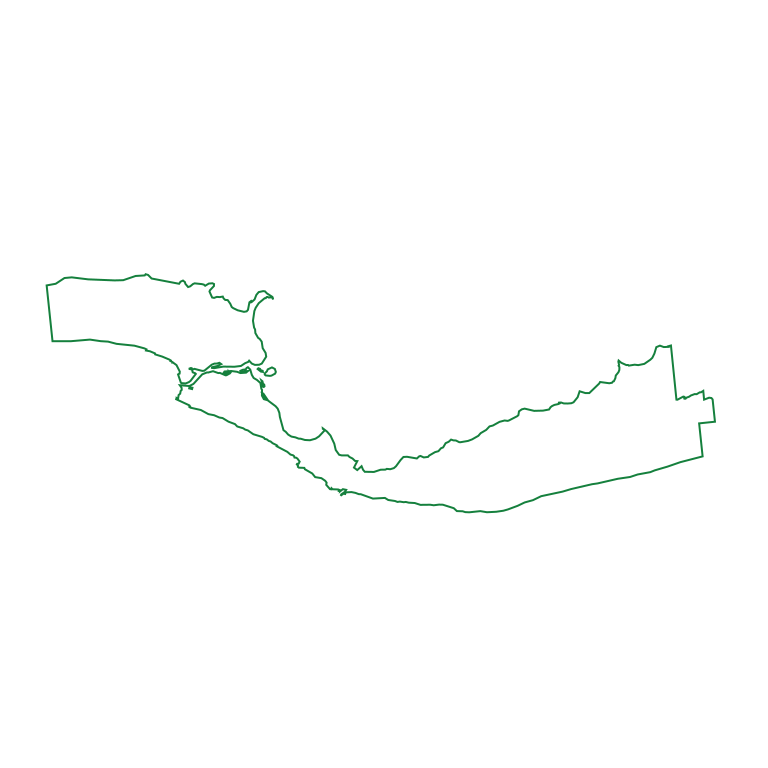 Mandurah, Western Australia, Australia, rotated 264°
{"feature_id": "25037944B7523913669113", "entity_name": "Mandurah", "entity_type": "district", "adm_level": 2, "iso_a3": "AUS", "parent_name": "Australia", "parent_adm1": "Western Australia", "projection": "natural_earth1", "projection_center": [115.702, -32.629], "detail": "fine", "context": "isolated", "style": "outline", "palette": "green", "viewbox_px": 768, "rotation_deg": 264, "n_neighbors": 0, "source": "geoboundaries", "source_scale": "gbopen_adm2", "svg_char_len": 6162}
<svg xmlns="http://www.w3.org/2000/svg" viewBox="0 0 768 768"><g transform="rotate(264 384 384)"><path d="M392.3,673.4L391.8,670.6L391.2,670.8L391.5,666.1L393.3,662.4L392.2,658.7L386.0,656.1L382.0,653.6L380.3,651.4L376.8,645.0L376.2,638.8L377.0,635.3L376.7,629.4L377.4,628.7L377.5,627.0L380.3,622.2L382.8,619.8L381.7,619.4L378.3,619.8L377.6,619.2L376.2,619.9L373.3,619.5L371.2,618.4L368.2,615.4L365.6,614.7L362.7,612.9L362.5,611.9L361.4,610.9L361.2,608.1L363.4,599.1L362.0,598.1L353.5,587.2L353.9,583.4L356.3,577.8L350.6,575.2L346.0,570.6L345.3,568.3L345.4,564.6L345.9,560.7L347.1,558.1L347.2,556.0L346.5,555.7L346.6,557.6L345.8,555.1L345.4,551.3L344.5,548.8L343.5,547.2L341.4,545.5L340.9,539.4L341.6,530.5L344.8,521.3L344.4,518.4L342.7,515.4L339.0,514.4L338.1,513.2L334.7,504.5L334.4,503.2L335.1,500.1L334.3,495.0L331.3,487.9L330.8,484.5L327.7,480.9L325.0,475.0L322.6,472.4L319.7,465.8L318.6,461.6L318.1,453.8L318.3,452.7L320.3,449.6L320.7,447.1L321.7,444.9L319.8,442.3L318.7,439.1L314.8,436.2L314.1,433.9L311.5,431.1L310.9,427.6L308.1,421.4L306.9,420.2L306.8,415.9L308.6,412.8L308.4,411.5L306.5,408.9L309.2,399.3L309.4,395.7L306.6,392.5L300.9,387.3L299.3,385.0L298.6,381.3L299.3,377.9L298.7,376.5L299.1,371.7L297.6,364.8L298.7,355.7L300.9,354.2L304.6,353.1L301.2,348.4L304.0,345.4L310.1,349.4L310.5,347.2L313.2,344.9L315.0,342.1L316.8,340.6L317.4,334.5L318.3,332.0L323.4,329.1L329.9,328.3L338.3,325.4L342.7,322.3L346.3,318.5L345.8,318.5L344.9,319.8L343.7,319.7L338.7,313.9L336.8,310.2L335.8,304.5L336.6,299.5L338.3,295.4L338.6,293.4L340.2,290.3L341.4,286.4L343.7,283.4L346.7,281.3L348.6,279.2L362.1,277.0L366.3,276.9L370.6,275.7L373.2,273.9L379.5,267.1L387.1,263.0L387.5,262.0L383.2,264.0L382.0,263.7L381.0,265.5L380.4,265.6L381.5,262.9L385.2,261.4L390.9,262.1L392.1,261.5L397.9,261.2L401.3,258.1L403.6,255.0L406.9,253.5L412.3,252.5L414.9,250.4L414.3,249.0L413.0,248.1L412.9,245.0L412.1,242.5L411.6,242.6L411.8,243.2L410.7,245.0L411.2,247.4L411.1,250.1L409.7,248.0L409.9,242.3L411.5,239.2L412.9,233.4L413.1,226.7L412.0,225.8L411.0,228.3L411.6,230.6L412.5,230.7L411.8,231.1L412.1,231.6L411.6,232.0L411.6,232.7L410.7,231.9L409.2,228.3L409.2,227.3L412.2,221.9L412.2,220.3L414.6,215.3L413.8,210.4L414.0,209.1L412.6,204.2L404.0,194.5L402.4,190.4L400.9,191.3L400.3,193.1L399.0,192.6L400.0,189.8L401.4,190.3L402.4,189.9L404.1,180.8L401.4,182.3L399.3,182.2L398.3,181.0L395.7,180.3L394.5,178.6L391.1,177.7L391.7,176.6L391.0,176.7L391.3,176.0L390.6,175.7L383.1,188.2L381.9,188.8L381.5,188.1L380.7,189.0L377.3,199.1L372.4,206.2L370.7,211.8L367.9,216.7L367.0,219.9L362.8,225.4L359.7,231.6L357.1,233.6L354.6,239.5L353.2,241.1L352.1,243.7L347.7,248.8L344.2,257.1L343.0,259.1L341.9,259.6L341.2,261.6L339.4,263.5L338.7,265.2L336.8,267.0L334.4,270.8L333.9,271.3L333.3,270.8L326.6,280.8L323.6,283.6L322.6,286.1L321.7,287.0L320.2,287.3L319.9,288.9L318.9,290.1L315.6,292.0L313.7,290.8L313.7,289.3L313.2,288.9L311.9,289.9L310.6,289.7L309.7,290.6L308.9,296.0L307.5,296.4L302.5,303.3L298.6,305.8L296.9,311.9L293.9,315.4L291.9,316.6L289.8,316.0L285.1,319.3L284.8,320.5L285.8,320.9L284.7,321.8L283.9,327.4L283.3,328.1L281.5,327.4L283.3,328.6L282.8,329.7L282.0,329.4L283.7,332.1L282.7,335.3L280.9,333.9L278.7,330.0L277.4,329.2L279.2,332.2L278.4,334.7L279.1,333.6L280.2,335.0L279.9,340.4L278.7,344.2L277.1,347.4L276.8,349.4L271.2,361.0L270.6,373.0L268.2,376.1L266.5,382.7L265.3,385.1L265.4,387.5L264.4,391.2L264.4,393.4L263.4,396.2L262.4,402.2L260.0,407.6L259.1,417.3L258.2,420.8L258.3,426.1L257.8,429.9L253.2,440.4L250.0,443.2L249.2,448.9L248.1,451.4L247.5,455.3L247.5,466.5L245.7,473.0L245.2,482.2L245.5,489.5L246.3,494.1L248.9,504.2L251.5,511.5L252.9,520.0L256.0,528.6L258.3,550.3L260.0,559.4L262.6,580.5L262.8,586.0L265.3,606.6L265.8,619.0L267.5,626.8L268.5,639.6L269.8,644.2L272.2,657.3L275.3,670.6L278.7,693.3L311.9,693.3L311.9,709.2L334.3,709.2L335.8,708.2L336.4,705.9L335.0,700.7L343.8,700.8L342.6,698.4L342.7,697.1L341.2,693.9L341.5,691.9L340.5,688.0L339.5,686.2L338.8,683.4L337.9,682.4L338.0,681.2L338.5,681.1L338.7,681.9L339.8,681.5L340.2,680.3L337.7,674.2L337.9,673.2L392.3,673.4ZM461.2,58.8L459.3,77.2L458.9,96.2L456.2,106.8L455.0,114.0L451.9,122.2L448.2,139.8L444.5,149.4L443.3,151.4L442.2,150.8L441.0,154.7L438.4,159.4L437.4,159.5L434.4,166.4L430.7,173.1L429.7,174.4L429.2,174.0L427.9,175.9L427.4,175.8L427.4,176.4L424.5,179.6L417.7,182.2L415.7,181.8L415.2,180.3L415.9,180.0L406.2,182.2L406.2,181.8L405.3,186.8L406.2,190.0L407.3,191.9L413.7,197.9L414.4,197.4L415.6,195.0L418.6,194.5L419.2,192.2L419.7,192.2L420.0,193.3L419.5,193.8L419.8,194.4L418.4,195.1L418.9,197.0L416.0,204.7L416.0,206.7L421.2,214.7L422.0,217.4L421.8,220.0L422.3,222.5L420.8,224.2L419.3,220.1L418.8,215.7L418.5,214.7L418.0,214.6L417.5,216.7L418.1,226.0L416.8,237.1L416.9,243.6L419.2,248.0L420.2,251.3L421.3,252.3L418.1,254.7L416.5,257.6L416.2,261.9L417.1,264.6L423.5,269.7L427.3,269.5L432.3,267.1L438.9,266.8L441.8,265.1L443.1,263.6L448.1,261.4L451.7,261.5L453.7,260.7L460.6,260.3L470.1,262.7L473.3,264.4L477.5,267.9L481.8,274.3L481.7,275.3L482.7,276.3L482.8,277.2L482.0,278.5L482.0,281.7L479.7,282.5L480.9,282.5L482.3,282.1L486.3,277.1L488.6,275.3L489.0,273.5L488.5,269.0L486.0,266.4L481.6,264.1L479.5,261.2L478.8,259.5L481.0,261.4L479.3,258.7L472.0,256.5L470.6,255.0L470.4,252.3L472.6,246.2L475.2,242.0L476.5,240.6L479.9,239.5L483.8,237.3L484.2,234.9L485.9,233.4L487.8,232.8L487.6,229.8L488.1,226.8L487.4,224.0L488.0,222.1L494.2,220.1L495.4,220.7L499.2,225.1L501.2,225.4L502.1,223.9L502.2,220.3L500.4,216.4L501.7,215.2L502.4,213.2L503.9,206.2L503.4,204.5L501.4,201.5L500.9,199.3L504.5,196.9L506.1,196.7L507.9,194.9L507.0,192.3L505.1,190.7L513.2,163.9L517.1,160.8L518.1,158.4L517.0,157.4L517.4,148.3L514.5,135.5L515.2,126.8L519.0,100.7L522.7,84.6L522.8,77.3L518.0,68.0L517.3,58.8L461.2,58.8ZM404.1,273.0L405.7,276.8L407.3,277.7L410.4,277.0L412.2,274.3L410.7,269.9L408.9,268.9L406.9,266.4L405.8,266.4L404.9,267.2L404.0,271.4L404.1,273.0ZM412.8,260.7L412.1,259.9L409.2,262.9L408.7,264.8L409.8,264.7L410.6,262.9L412.0,262.3L412.8,260.7ZM393.6,264.1L394.2,264.9L395.9,264.8L397.0,263.7L399.4,263.4L400.3,262.5L398.0,263.1L394.1,263.0L393.6,264.1Z" fill="none" stroke="#15803d" stroke-width="2"/></g></svg>